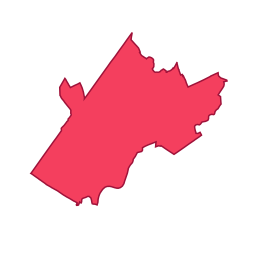 the district of Mogosani, Dâmbovita, Romania, rotated 291°
{"feature_id": "2599482B27311535557827", "entity_name": "Mogosani", "entity_type": "district", "adm_level": 2, "iso_a3": "ROU", "parent_name": "Romania", "parent_adm1": "Dâmbovita", "projection": "natural_earth1", "projection_center": [25.391, 44.675], "detail": "fine", "context": "isolated", "style": "filled", "palette": "rose", "viewbox_px": 256, "rotation_deg": 291, "n_neighbors": 0, "source": "geoboundaries", "source_scale": "gbopen_adm2", "svg_char_len": 4553}
<svg xmlns="http://www.w3.org/2000/svg" viewBox="0 0 256 256"><g transform="rotate(291 128 128)"><path d="M151.7,51.3L141.5,49.7L135.6,52.2L134.0,52.9L133.8,53.3L133.4,53.8L132.5,54.6L131.9,55.4L131.4,56.2L131.0,57.0L130.0,58.7L129.2,59.8L127.4,62.9L125.8,65.7L125.3,66.6L124.7,67.5L124.1,68.3L123.2,68.6L122.4,68.9L121.2,69.3L120.9,69.6L120.2,70.2L119.4,70.3L118.3,70.0L117.0,69.7L116.2,69.4L115.0,68.9L114.2,69.1L113.5,69.4L112.2,68.7L110.6,68.3L107.5,67.4L105.6,66.5L103.8,65.8L101.9,66.7L101.6,66.8L92.6,64.5L90.5,63.9L89.1,63.5L68.3,58.1L68.2,58.1L51.4,53.8L50.8,53.6L50.8,53.9L49.3,59.7L48.6,62.6L48.4,63.0L48.3,63.4L48.3,63.6L48.2,63.8L48.2,64.0L48.1,64.4L48.0,64.5L48.0,64.9L47.9,65.2L47.9,65.3L47.8,65.5L47.7,66.0L47.6,66.4L47.5,66.6L47.4,67.0L46.9,69.1L46.3,71.3L46.2,71.5L46.0,71.8L45.5,75.4L45.2,77.2L45.0,78.1L44.9,78.4L44.9,78.9L44.6,80.9L44.4,82.4L44.3,83.2L44.2,83.7L44.2,84.1L43.9,85.5L43.9,85.8L43.8,86.0L43.7,86.2L43.4,87.5L43.0,89.1L42.5,91.1L42.2,92.6L42.0,93.9L41.7,95.3L41.3,98.5L41.0,100.3L40.9,100.7L40.6,102.4L40.4,103.4L40.3,105.1L40.1,106.2L39.9,107.3L38.3,107.4L37.8,107.3L37.4,107.7L37.5,108.0L37.9,108.9L38.7,108.8L38.7,109.4L39.8,109.4L41.6,109.4L41.2,110.6L41.3,111.2L41.8,111.2L42.5,111.1L43.1,111.0L43.5,110.8L43.9,110.7L44.1,110.6L44.4,110.5L44.7,110.5L45.0,110.5L45.4,110.6L45.7,110.8L45.9,110.9L46.4,111.3L48.1,113.4L49.7,114.9L50.2,116.3L49.3,118.5L47.5,119.8L45.8,120.8L44.5,121.7L44.5,122.7L45.1,124.6L45.1,126.7L47.9,126.5L50.5,125.7L52.3,125.4L54.2,125.2L56.9,125.2L59.2,125.7L61.6,126.3L63.1,127.0L64.7,127.9L66.0,129.5L66.9,131.6L67.3,133.5L67.5,136.8L67.8,139.0L68.4,140.7L69.7,142.3L71.8,143.6L74.5,144.1L77.2,143.9L85.6,143.6L88.9,143.1L90.5,142.8L93.8,143.3L95.3,143.8L97.2,144.5L98.6,144.5L99.5,144.4L100.7,144.1L104.1,145.0L108.4,145.5L111.0,149.2L112.4,149.5L114.8,148.6L117.2,150.6L119.6,153.0L122.8,156.6L125.1,159.1L120.3,160.5L121.3,161.7L122.2,162.6L122.5,163.8L122.8,165.1L123.3,165.2L122.8,167.5L121.9,171.1L119.9,180.4L122.0,181.9L129.5,187.0L134.8,190.5L140.0,194.1L141.0,194.7L143.6,196.5L145.5,197.8L147.1,198.8L147.6,199.2L147.9,199.0L149.8,196.8L148.0,195.3L147.4,193.4L148.2,192.9L150.0,191.5L151.9,190.3L153.0,189.7L154.2,189.7L155.3,190.3L156.2,191.6L156.5,193.5L157.5,194.2L160.2,195.0L162.0,198.0L163.8,199.8L165.5,199.9L167.4,199.2L168.5,199.1L169.6,199.7L170.8,201.3L171.2,203.2L171.8,203.6L172.4,203.7L174.6,203.4L176.7,204.0L178.2,205.1L181.8,205.7L183.7,206.3L184.7,205.8L185.5,205.4L190.5,203.1L191.2,200.3L192.4,200.5L196.0,201.3L199.0,202.0L200.2,202.2L201.1,202.4L202.1,202.3L202.8,202.2L203.7,201.9L204.5,201.5L204.9,201.2L205.4,200.8L206.4,202.2L207.4,203.6L208.1,203.0L208.0,196.6L208.9,194.2L209.7,193.4L211.9,192.3L209.6,190.0L206.0,186.5L205.8,186.5L205.6,186.3L205.2,186.0L200.0,181.3L195.3,176.8L191.6,173.1L187.8,169.4L189.6,167.6L191.3,166.0L192.4,165.2L193.8,163.9L194.4,163.1L196.2,161.3L195.9,161.1L196.6,160.6L196.3,160.3L197.4,159.4L196.4,158.1L199.9,155.1L200.9,154.5L201.0,154.0L203.0,152.6L205.8,150.7L206.6,150.3L206.6,150.2L203.8,149.9L201.4,149.5L200.7,149.4L199.9,149.1L200.0,148.8L200.1,148.6L199.0,148.3L197.6,147.6L197.0,147.1L196.1,146.4L195.8,145.9L195.5,145.4L195.4,145.0L194.5,144.7L193.9,144.2L193.8,143.7L194.0,143.6L194.8,143.2L195.1,142.9L195.1,142.5L195.2,142.3L195.2,142.1L195.3,141.9L195.7,140.3L195.8,140.0L195.6,139.7L194.4,139.0L194.2,138.7L193.7,138.3L192.7,138.0L192.5,137.8L192.2,137.6L191.9,137.6L191.6,137.2L190.9,136.3L190.7,135.8L190.6,135.2L190.4,134.7L190.0,133.9L189.8,133.1L189.9,132.6L190.0,132.1L190.1,131.9L190.3,131.6L190.8,131.0L190.9,130.6L191.0,130.4L191.4,130.1L191.6,129.8L191.9,129.6L192.2,129.5L192.5,129.6L192.8,129.8L193.2,130.0L193.7,130.0L194.5,130.1L195.0,129.9L197.2,129.2L198.5,128.1L198.8,128.0L199.7,127.8L200.1,127.7L200.4,127.5L200.8,127.4L201.0,127.2L201.3,126.8L201.5,126.4L201.8,125.5L201.9,125.2L202.0,124.7L202.0,124.2L202.0,122.8L201.7,122.3L201.6,121.9L201.0,121.6L200.2,121.0L199.7,120.5L199.5,120.4L199.3,120.4L200.5,114.8L201.3,113.5L201.5,113.3L202.7,111.8L202.9,112.0L203.2,112.2L203.3,112.1L203.7,111.7L204.2,111.3L206.4,109.2L207.3,107.5L208.9,104.3L211.5,99.2L214.5,98.5L218.6,97.7L210.8,95.6L205.2,94.2L197.8,92.2L189.9,90.2L182.8,88.1L177.9,86.9L174.2,85.9L172.6,85.5L164.2,83.3L155.4,81.0L151.9,80.1L146.9,78.8L143.8,78.0L139.7,76.8L140.8,76.5L142.4,75.4L143.9,74.5L145.5,73.5L148.9,70.9L151.0,68.9L152.9,66.9L151.0,65.3L148.7,63.0L145.1,59.7L146.1,58.5L146.9,57.3L148.0,56.1L148.6,55.3L149.8,53.8L151.0,52.5L151.7,51.3Z" fill="#f43f5e" stroke="#9f1239" stroke-width="1.5"/></g></svg>